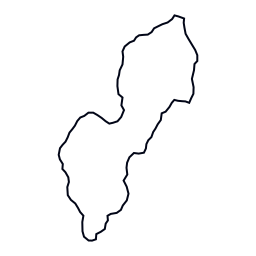 outline of Arantina, Minas Gerais, Brazil
{"feature_id": "56859067B73704269886290", "entity_name": "Arantina", "entity_type": "district", "adm_level": 2, "iso_a3": "BRA", "parent_name": "Brazil", "parent_adm1": "Minas Gerais", "projection": "equal_earth", "projection_center": [-44.228, -21.901], "detail": "fine", "context": "isolated", "style": "outline", "palette": "ink", "viewbox_px": 256, "rotation_deg": 0, "n_neighbors": 0, "source": "geoboundaries", "source_scale": "gbopen_adm2", "svg_char_len": 1491}
<svg xmlns="http://www.w3.org/2000/svg" viewBox="0 0 256 256"><path d="M62.4,169.0L65.4,172.2L68.3,177.3L68.9,182.0L67.3,187.1L67.8,195.2L70.9,199.9L75.3,203.5L78.1,208.1L80.1,212.0L83.4,215.7L82.3,222.0L82.4,226.9L82.5,231.3L84.0,236.7L88.6,240.5L92.1,240.6L95.9,239.3L96.3,234.1L100.8,231.8L104.8,229.0L105.7,223.6L107.9,220.4L107.5,215.8L110.8,213.9L116.7,212.9L120.9,209.9L122.8,205.5L126.8,200.4L128.5,193.7L126.7,186.7L123.6,180.6L127.3,174.5L126.5,167.8L127.1,162.7L129.4,157.3L133.9,153.0L138.7,153.6L143.9,152.7L145.9,148.5L146.4,144.1L148.3,140.2L151.4,137.1L153.2,132.0L155.4,128.7L157.7,124.3L160.8,120.0L161.7,113.3L165.6,111.7L169.5,106.9L171.8,102.8L174.3,99.9L178.0,100.8L182.2,101.2L185.4,101.4L189.2,102.8L191.2,98.2L193.4,93.8L193.6,87.2L191.9,78.9L194.0,70.2L194.5,64.0L197.3,61.0L197.3,55.2L195.2,50.0L192.1,44.9L188.6,39.1L185.6,33.8L184.4,27.4L183.7,22.8L184.1,18.5L178.3,16.4L174.5,15.4L172.1,19.1L167.6,22.5L162.4,24.2L157.7,26.5L154.1,28.3L151.6,32.1L147.8,34.6L143.1,34.9L139.1,35.3L136.1,37.4L134.0,40.7L129.7,42.4L124.7,46.5L122.5,51.4L123.2,56.8L122.5,64.4L119.7,70.3L119.0,75.1L117.6,79.4L117.4,86.1L118.5,94.2L122.5,97.5L121.4,105.4L124.0,110.1L121.2,117.0L117.5,121.3L112.9,122.8L109.3,123.6L105.6,121.2L101.6,117.9L97.3,115.0L93.3,112.7L88.4,112.7L84.3,115.9L80.3,117.5L77.3,121.0L74.9,125.7L72.3,129.2L69.5,132.6L67.7,137.3L65.5,141.7L62.6,144.8L60.0,148.2L58.7,154.8L59.9,159.4L62.8,164.0L62.4,169.0Z" fill="none" stroke="#020617" stroke-width="2"/></svg>